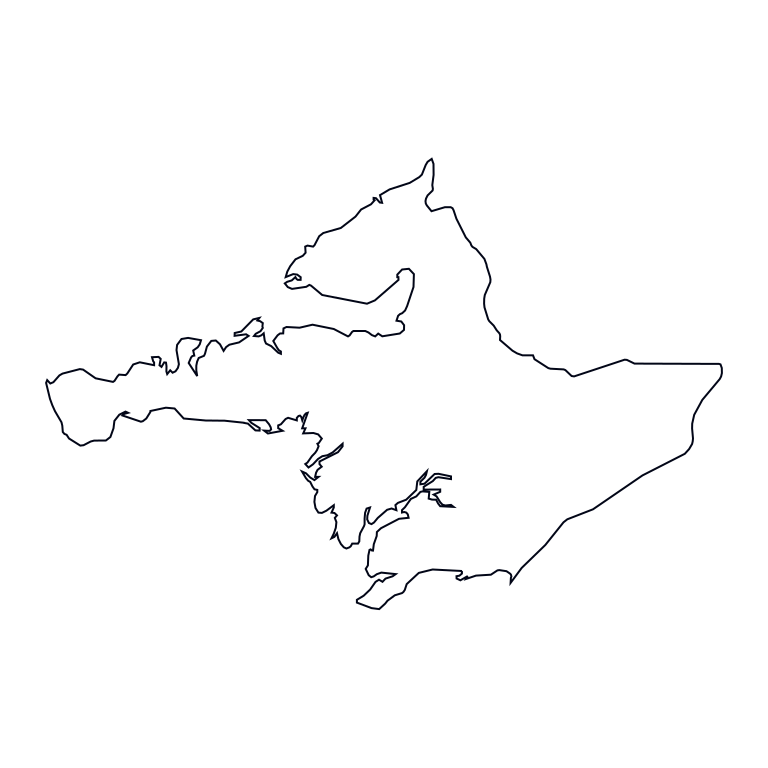 map outline of Vesturland (orthographic projection)
{"feature_id": "ISL-710", "entity_name": "Vesturland", "entity_type": "Region", "adm_level": 1, "iso_a3": "ISL", "parent_name": "Iceland", "parent_adm1": "", "projection": "orthographic", "projection_center": [-22.162, 64.9], "detail": "fine", "context": "isolated", "style": "outline", "palette": "ink", "viewbox_px": 768, "rotation_deg": 0, "n_neighbors": 0, "source": "natural_earth", "source_scale": "10m", "svg_char_len": 6105}
<svg xmlns="http://www.w3.org/2000/svg" viewBox="0 0 768 768"><path d="M465.9,579.0L467.7,576.1L460.4,580.3L456.6,578.5L456.5,576.2L459.4,575.7L461.9,573.6L462.0,571.9L460.9,571.1L461.9,571.0L432.6,569.5L418.8,572.9L406.7,584.1L404.8,589.9L403.4,592.0L402.0,593.1L394.8,595.3L387.5,600.7L385.2,603.6L379.2,609.1L371.5,608.1L356.9,602.6L356.9,599.8L363.7,595.7L370.2,589.5L375.5,581.9L379.0,579.7L382.5,581.8L385.5,578.6L392.6,576.3L395.7,574.1L381.3,572.6L376.8,574.2L373.7,576.4L371.2,577.2L368.7,575.2L365.7,568.9L367.9,565.4L368.3,555.6L369.5,549.9L370.6,549.4L371.9,550.5L373.0,550.6L373.8,544.2L376.7,536.0L376.9,532.0L381.0,528.2L399.0,518.8L408.6,517.8L407.8,514.4L406.3,512.6L404.2,512.0L402.0,512.5L402.0,510.1L404.9,507.3L410.9,498.9L416.3,496.4L420.4,491.9L422.6,491.4L429.3,491.9L428.7,498.6L432.0,499.6L436.1,499.7L438.1,503.5L440.2,506.2L453.6,506.9L451.0,504.9L445.4,505.5L442.5,504.7L440.2,502.2L436.6,496.4L433.7,494.6L440.2,491.8L440.2,489.5L423.7,489.6L423.7,486.8L432.8,481.1L435.7,477.9L438.4,477.2L451.0,479.1L451.0,476.4L438.5,473.8L434.6,474.0L424.5,483.7L420.4,484.3L420.4,481.7L424.5,477.7L426.0,474.9L426.9,471.2L417.3,481.4L416.3,490.0L406.2,499.7L397.9,502.9L395.4,505.1L396.4,510.2L391.6,508.5L387.1,509.8L377.8,517.9L374.0,522.5L371.5,524.1L368.9,523.0L367.2,519.4L367.4,515.7L370.0,507.5L366.6,508.6L365.1,512.8L364.6,518.5L364.6,524.3L364.0,526.1L360.2,533.2L359.5,536.6L359.3,541.4L358.0,543.6L352.2,543.6L350.7,546.3L349.3,547.4L346.4,548.5L343.8,547.3L340.9,544.0L338.4,539.1L337.0,533.2L334.4,536.9L331.5,538.3L333.8,533.6L335.8,527.8L336.4,522.1L334.8,517.9L337.0,515.4L334.5,513.0L331.5,512.6L333.8,507.5L333.8,505.2L326.4,510.7L321.9,512.9L318.4,512.6L315.5,508.0L314.4,501.9L315.0,496.0L317.3,492.1L317.3,489.9L314.5,489.3L312.5,486.5L310.2,481.9L308.2,480.8L305.9,478.1L302.0,471.5L306.0,473.3L310.2,477.5L314.4,480.1L318.5,476.9L315.1,476.9L316.1,472.6L317.6,469.8L321.7,466.7L319.5,464.1L319.5,461.5L338.0,452.2L342.6,446.3L342.6,443.7L332.7,452.4L327.5,455.2L322.3,456.2L318.0,459.0L313.0,464.3L308.5,467.5L305.3,464.0L307.4,462.6L311.9,456.2L315.2,452.8L317.0,450.1L318.6,446.2L317.4,443.7L318.8,443.0L321.8,438.6L318.2,434.4L313.4,433.0L303.2,433.4L305.5,428.3L302.2,428.3L307.7,412.8L306.1,413.3L304.6,414.8L303.4,417.2L302.3,420.4L301.3,417.0L300.0,415.6L298.5,416.0L296.8,417.9L296.8,420.4L288.1,417.8L285.6,419.0L280.9,424.3L278.2,425.4L278.2,428.2L282.6,430.8L267.9,433.5L264.1,430.6L269.7,430.9L271.1,429.4L270.7,427.3L269.1,424.3L265.7,420.2L248.9,420.1L251.3,422.8L259.7,428.1L259.6,430.6L255.4,430.4L247.9,423.6L243.4,422.8L244.5,422.8L224.6,420.7L205.6,420.5L183.7,418.5L174.6,408.5L165.9,407.7L150.4,411.0L150.3,412.1L146.3,418.5L142.8,421.2L140.9,421.7L122.5,415.5L124.2,413.9L128.1,412.8L125.5,411.6L119.3,414.7L114.4,420.9L113.5,428.3L110.4,437.0L105.9,440.5L94.1,440.6L90.7,441.5L83.6,445.2L80.3,445.6L69.0,438.5L66.6,434.8L64.4,433.9L62.8,432.0L62.3,425.7L61.5,422.3L55.0,411.2L52.3,405.2L50.0,398.9L46.1,382.9L47.2,380.1L50.3,383.5L53.4,382.2L59.4,375.4L62.5,373.6L79.8,369.1L83.1,369.6L95.6,378.3L113.0,381.9L114.5,380.9L117.5,376.3L119.1,374.6L125.6,375.1L127.3,373.5L133.2,364.5L139.8,362.3L154.1,365.2L154.1,362.4L153.2,361.3L152.0,357.2L158.6,356.9L160.7,358.9L159.5,365.3L161.5,366.9L164.2,362.4L166.0,362.6L166.5,366.2L166.4,371.4L167.2,374.1L170.2,370.3L172.6,372.7L175.5,371.3L177.9,367.9L178.9,364.2L176.5,350.1L177.1,344.9L181.5,339.0L188.1,337.9L201.0,340.2L199.7,344.4L197.7,347.3L193.2,350.5L194.3,355.6L192.4,356.0L191.1,357.4L188.7,363.0L197.2,376.1L196.3,370.4L196.3,365.7L197.1,361.7L198.7,358.0L204.0,355.8L205.0,353.7L206.9,346.6L211.3,340.9L215.8,340.5L220.0,344.3L223.6,350.9L226.1,347.1L229.4,344.7L239.1,342.4L248.6,335.9L246.1,334.3L234.6,335.8L234.7,333.0L241.3,331.5L253.2,319.4L259.4,317.9L257.4,320.5L260.2,321.2L262.8,323.1L262.4,326.4L262.8,327.9L260.5,331.2L255.7,333.8L254.0,336.0L258.7,336.4L261.4,335.3L263.7,333.3L264.7,340.5L266.0,343.5L271.2,346.1L278.2,352.7L280.9,353.8L280.9,351.5L278.9,350.3L277.2,347.9L273.3,341.0L277.6,335.3L280.0,333.5L283.2,333.4L283.5,328.4L286.5,327.0L299.6,327.7L312.5,324.7L333.8,329.0L348.0,336.4L349.6,335.4L352.0,332.0L353.4,331.0L365.3,331.0L368.5,332.5L371.9,335.1L375.2,336.4L378.2,333.6L382.3,336.3L399.8,333.5L404.0,329.9L404.1,325.2L401.3,321.5L396.5,320.7L398.1,315.8L400.0,314.1L402.2,313.2L405.1,310.5L407.1,306.1L413.5,287.0L413.9,274.1L408.9,268.8L402.1,269.5L397.3,274.6L397.3,277.1L398.4,277.1L398.5,279.9L374.9,300.4L367.0,303.7L322.2,295.0L311.0,285.6L309.3,284.9L306.3,286.8L292.0,288.9L287.8,287.1L284.8,283.4L287.2,281.8L291.8,280.4L295.4,277.1L296.6,279.1L297.8,279.9L300.6,279.9L300.7,277.2L297.2,274.6L293.2,274.1L285.7,277.1L287.3,271.6L290.2,266.2L295.5,259.3L302.8,255.8L305.6,252.7L305.2,246.6L307.5,245.6L313.1,246.6L314.5,245.2L319.2,236.2L323.3,233.0L340.8,228.0L355.5,216.6L361.1,209.5L371.0,204.3L374.6,200.3L373.6,199.6L373.6,197.9L376.0,198.2L379.8,202.5L382.1,202.8L380.0,195.1L389.6,189.4L409.7,182.9L419.3,177.1L421.9,174.6L425.7,165.0L427.6,161.8L431.7,158.9L433.5,163.9L433.6,174.9L432.3,185.1L432.9,188.9L432.6,190.5L427.6,195.4L426.0,198.6L425.5,201.1L425.8,203.5L426.8,205.4L431.5,211.2L444.9,207.2L450.7,207.2L452.5,208.2L453.6,210.3L456.4,218.7L465.8,237.4L470.3,242.7L471.4,245.5L472.5,246.9L476.2,249.1L484.4,258.9L486.4,264.3L486.9,266.8L490.0,276.6L490.5,279.5L490.3,282.2L484.8,295.0L484.2,298.7L484.1,303.7L484.5,307.4L488.2,319.4L489.3,321.2L493.7,325.6L496.7,330.3L499.4,333.3L500.0,334.6L500.2,336.2L500.0,340.0L512.5,350.7L517.1,353.4L522.4,355.3L533.0,355.3L534.5,359.2L548.3,368.1L550.5,368.7L563.7,369.4L565.4,370.1L571.6,376.0L574.1,376.4L624.6,359.7L626.9,359.9L634.5,363.6L719.0,363.9L720.5,364.4L721.8,368.0L721.9,373.1L721.1,376.5L719.7,379.1L702.3,399.9L694.2,414.8L692.2,423.7L692.1,428.5L693.0,438.5L692.7,441.4L692.1,444.0L689.1,449.1L684.8,453.8L642.5,475.4L593.0,509.3L567.3,519.3L563.5,522.3L545.3,545.0L521.7,567.9L510.6,582.9L510.9,577.8L511.4,576.5L511.0,574.8L510.3,573.8L506.5,571.2L499.3,570.1L497.4,570.4L490.9,574.7L476.0,575.6L465.9,579.0Z" fill="none" stroke="#020617" stroke-width="2"/></svg>